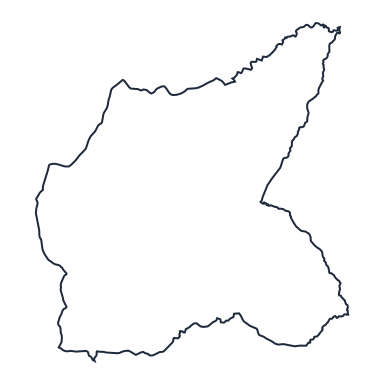 Guática, Risaralda, Colombia
{"feature_id": "7082276B7280150646528", "entity_name": "Guática", "entity_type": "district", "adm_level": 2, "iso_a3": "COL", "parent_name": "Colombia", "parent_adm1": "Risaralda", "projection": "orthographic", "projection_center": [-75.786, 5.328], "detail": "fine", "context": "isolated", "style": "outline", "palette": "slate", "viewbox_px": 384, "rotation_deg": 0, "n_neighbors": 0, "source": "geoboundaries", "source_scale": "gbopen_adm2", "svg_char_len": 5868}
<svg xmlns="http://www.w3.org/2000/svg" viewBox="0 0 384 384"><path d="M348.1,314.7L347.7,312.7L347.8,310.7L347.0,310.0L347.0,309.3L347.9,307.5L347.5,305.2L345.9,303.9L344.6,300.0L343.4,299.4L342.7,298.1L341.6,297.4L341.0,295.9L340.3,295.5L339.2,295.4L338.9,294.7L339.0,292.9L339.4,292.1L339.5,290.3L340.1,288.9L339.4,286.1L339.6,285.1L340.5,283.4L340.4,282.8L339.7,282.2L339.0,280.7L337.6,280.0L335.3,277.6L334.0,275.3L331.7,273.5L330.9,273.1L329.8,273.1L329.4,272.8L328.4,267.5L327.8,266.4L326.3,264.9L325.6,262.2L324.0,260.7L324.4,258.8L322.9,256.7L322.1,252.1L321.7,251.2L319.4,248.8L317.5,247.8L314.5,245.3L311.1,241.3L310.8,240.6L310.5,236.7L309.5,234.5L308.5,233.4L305.3,231.5L302.4,231.1L300.8,230.6L296.2,226.5L293.7,222.8L290.9,217.6L291.0,216.8L290.5,216.3L290.4,215.5L289.9,215.1L290.1,212.9L288.9,211.5L285.8,210.8L283.2,209.1L279.8,208.6L278.8,208.9L276.9,207.1L274.3,206.7L271.3,205.4L270.7,205.3L269.0,205.9L268.5,205.3L267.6,205.2L268.1,204.6L267.8,204.2L266.9,204.3L266.9,204.0L266.1,203.9L266.0,203.3L265.1,203.0L264.7,202.6L264.0,202.6L263.9,203.7L263.4,203.8L261.6,202.9L260.5,201.9L261.4,201.1L261.8,200.4L262.7,196.9L267.5,185.2L272.2,178.2L280.3,167.7L283.3,158.6L284.5,158.0L286.8,157.6L288.0,156.8L288.6,155.3L288.5,153.6L290.4,150.6L289.9,148.3L291.8,146.3L292.0,141.1L293.8,139.3L294.7,137.3L296.6,136.1L297.8,134.0L297.9,131.6L299.0,129.9L299.1,128.1L299.9,127.2L301.4,127.3L303.4,126.7L304.1,125.8L305.1,122.9L307.0,121.6L307.2,121.2L307.4,117.4L308.5,113.6L308.5,112.5L307.1,107.9L307.2,104.3L308.9,101.3L310.2,100.6L314.0,97.9L314.9,96.9L315.8,96.5L316.6,95.1L318.0,93.9L318.4,93.3L318.4,89.9L319.3,87.4L322.4,81.6L323.1,80.7L322.4,79.2L322.3,78.2L323.3,76.5L322.9,72.8L324.2,69.6L323.5,67.0L323.7,65.2L322.8,63.9L323.5,62.4L323.2,60.4L323.8,59.6L326.3,58.4L327.5,56.8L327.8,53.9L329.4,51.7L329.3,45.2L329.9,43.6L332.0,42.4L334.5,39.7L335.0,38.6L335.2,36.0L337.0,33.0L337.7,32.6L339.5,33.4L339.9,33.1L340.0,32.5L339.3,29.7L339.9,27.1L338.4,27.4L337.6,28.0L338.3,29.1L337.8,30.1L336.2,30.7L333.6,30.3L333.3,30.5L332.9,31.7L331.5,32.2L329.0,31.3L328.7,30.7L328.9,29.0L328.5,28.1L327.0,27.6L325.6,25.8L325.0,25.8L324.6,27.3L323.8,27.3L323.5,26.3L323.9,25.0L323.5,24.6L323.0,24.5L321.6,25.3L320.9,25.4L318.9,23.6L316.3,23.0L315.8,23.1L315.1,23.7L313.8,25.9L311.8,27.5L310.4,27.3L308.1,25.2L306.9,24.8L305.9,25.0L304.1,26.7L302.9,27.1L300.4,27.4L297.0,29.8L296.1,30.6L296.0,31.7L296.8,33.5L296.4,35.0L295.8,36.3L295.0,36.5L294.0,35.6L293.0,35.3L289.7,36.7L288.2,36.6L287.5,36.8L286.6,37.9L285.9,37.4L285.2,37.4L284.6,38.9L282.5,40.3L283.1,41.4L283.0,42.3L282.0,44.5L279.5,43.9L278.3,44.2L277.3,45.0L276.2,46.3L276.6,47.1L274.4,50.4L269.9,55.0L266.6,57.0L263.1,56.6L261.7,60.5L257.0,58.9L256.3,61.6L255.6,61.9L251.8,61.8L251.1,62.2L250.7,62.9L250.9,64.6L252.1,68.0L251.0,69.8L245.8,68.5L243.5,68.5L242.0,72.0L241.1,73.1L238.2,72.1L237.6,72.2L237.3,73.8L236.6,75.2L234.2,77.8L232.4,78.5L233.6,79.4L235.0,81.6L230.6,82.7L225.1,84.9L222.9,82.0L221.4,80.7L216.2,78.1L214.0,80.0L207.5,83.0L202.6,85.8L197.9,87.8L194.8,88.3L188.0,88.8L187.2,89.1L184.4,91.6L181.2,93.4L176.7,94.8L172.7,95.0L171.0,94.5L169.0,92.6L166.9,89.3L164.9,86.8L164.2,86.3L161.6,86.5L157.7,88.3L156.4,89.2L154.0,92.2L151.5,93.5L149.5,92.5L146.8,90.2L145.2,89.7L143.2,89.5L141.2,90.5L137.8,89.1L131.1,88.6L129.3,87.4L124.7,81.3L123.5,80.2L122.7,79.9L117.2,84.5L113.2,87.4L112.1,88.5L111.2,89.9L109.9,95.9L108.6,99.9L107.6,105.8L106.8,108.2L104.0,112.7L103.4,114.3L102.0,122.2L100.9,123.7L100.1,123.9L98.2,125.4L95.1,131.4L90.6,136.3L88.6,140.3L86.1,147.9L85.3,149.4L79.6,155.2L75.2,160.9L71.1,164.9L68.8,166.5L64.6,166.4L57.8,164.3L54.1,163.7L50.4,164.3L49.5,164.8L49.0,165.4L47.7,170.9L43.3,184.9L42.8,187.7L43.0,189.7L39.9,192.6L36.1,199.1L37.3,201.7L37.6,203.8L36.3,208.6L35.9,213.4L39.2,230.2L39.4,235.9L40.0,237.8L41.2,239.6L42.5,249.5L44.0,253.0L46.2,256.7L48.5,259.9L50.5,261.2L53.3,263.4L55.5,264.4L58.3,265.0L60.2,265.9L60.9,267.0L62.2,267.7L62.8,269.2L66.5,273.5L66.3,274.2L65.7,274.9L64.9,275.2L64.0,276.3L61.4,282.1L60.7,285.1L61.0,287.1L60.6,289.9L62.8,297.6L63.2,300.2L66.5,306.8L65.8,308.1L64.1,308.7L62.6,310.5L61.3,314.3L59.8,317.0L58.1,322.6L58.2,324.4L59.2,325.9L60.0,326.5L60.5,328.4L60.8,333.1L61.6,334.9L61.9,337.8L61.5,342.2L58.7,347.4L60.6,348.3L63.5,350.4L65.7,351.2L68.0,351.3L70.7,350.9L76.2,351.6L86.0,350.9L87.8,351.9L88.2,352.6L88.7,355.0L89.2,355.8L91.3,357.1L92.7,359.9L94.6,361.0L94.1,359.6L94.1,358.6L96.5,355.3L96.7,354.1L96.6,352.0L97.1,351.3L98.9,351.7L103.4,351.8L106.2,352.5L117.1,353.2L119.2,353.0L123.1,351.4L125.4,350.9L128.3,350.7L129.7,351.2L135.9,354.9L140.7,352.5L143.2,351.9L145.0,353.1L148.3,354.0L148.7,354.7L149.7,355.4L151.8,355.5L153.4,355.2L159.6,352.1L162.7,351.8L164.3,350.8L172.7,342.2L173.3,340.5L173.5,338.3L174.1,338.0L178.3,338.3L178.6,337.5L179.6,336.9L179.9,335.6L179.4,334.9L179.3,334.2L180.1,332.7L179.8,331.3L180.5,331.1L181.3,331.5L182.4,331.3L183.7,332.5L184.6,332.6L184.9,332.3L185.8,329.2L189.6,327.1L190.7,325.9L193.7,323.6L195.1,323.3L196.7,323.4L200.5,326.4L203.2,326.9L207.3,326.5L208.5,325.9L212.7,322.4L215.9,320.7L216.5,320.1L217.1,318.2L220.3,319.3L220.9,322.3L223.6,322.6L224.4,322.4L226.2,320.6L228.1,320.7L230.1,318.7L233.4,317.0L234.1,313.7L239.2,313.4L241.3,316.6L242.5,319.3L244.2,321.7L250.1,325.9L256.7,328.7L257.3,329.8L258.3,333.4L259.4,335.1L263.6,336.7L266.6,338.7L271.9,341.4L275.1,343.6L278.1,344.6L283.3,344.1L294.9,346.3L299.9,345.6L306.2,345.7L308.4,342.7L309.9,342.8L310.3,342.5L310.1,340.5L310.6,339.7L312.9,339.5L313.7,338.7L314.4,336.8L316.9,336.5L319.2,334.3L319.8,333.1L322.5,330.0L322.6,329.0L322.1,328.2L322.6,326.9L324.2,325.5L325.3,325.1L327.4,322.5L328.1,322.1L328.8,320.4L329.8,318.9L332.1,318.6L333.7,316.6L335.3,316.1L336.9,317.9L338.0,317.3L338.7,316.4L342.0,316.3L343.0,316.0L344.0,314.7L344.7,314.3L348.1,314.7Z" fill="none" stroke="#1e293b" stroke-width="2"/></svg>